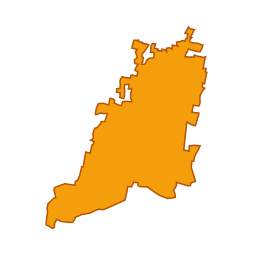 Xocchel, Yucatán, Mexico (Albers equal-area conic projection), rotated 95°
{"feature_id": "50627088B37931435586909", "entity_name": "Xocchel", "entity_type": "district", "adm_level": 2, "iso_a3": "MEX", "parent_name": "Mexico", "parent_adm1": "Yucatán", "projection": "albers", "projection_center": [-89.147, 20.795], "detail": "fine", "context": "isolated", "style": "filled", "palette": "amber", "viewbox_px": 256, "rotation_deg": 95, "n_neighbors": 0, "source": "geoboundaries", "source_scale": "gbopen_adm2", "svg_char_len": 4787}
<svg xmlns="http://www.w3.org/2000/svg" viewBox="0 0 256 256"><g transform="rotate(95 128 128)"><path d="M191.8,92.1L192.9,89.1L194.8,82.3L193.1,75.3L193.0,74.9L192.6,74.9L189.4,75.4L189.0,75.6L186.0,77.3L183.2,75.6L180.8,74.7L179.6,74.7L177.9,75.1L178.8,70.9L180.3,63.3L180.3,62.3L179.9,60.9L177.1,60.4L176.8,59.7L175.3,56.2L174.0,56.6L170.1,58.1L168.0,59.1L163.8,60.7L161.7,61.5L155.4,61.4L155.3,59.6L152.1,59.3L148.2,58.3L143.3,55.9L139.4,54.7L139.5,61.4L140.1,63.2L140.3,65.4L142.5,65.3L145.8,65.1L144.9,70.5L116.9,70.0L118.8,66.1L120.0,61.4L118.4,60.6L117.3,60.5L108.9,58.8L106.9,58.7L106.9,62.4L106.6,65.6L104.5,65.5L99.6,64.9L99.9,59.3L98.0,58.7L96.0,58.4L94.0,58.8L93.0,58.9L91.3,59.0L90.5,59.0L89.4,59.0L88.6,58.7L87.5,58.4L86.4,57.8L84.8,57.2L84.1,56.8L82.7,55.6L81.6,55.1L81.3,57.3L78.3,57.6L76.6,57.4L77.1,56.2L77.3,55.9L77.4,55.6L76.4,55.5L65.7,54.4L65.4,55.0L65.3,55.7L61.9,55.5L61.8,56.5L62.0,57.5L62.4,58.4L50.9,57.2L50.7,57.2L50.3,57.1L51.2,58.8L50.8,60.9L50.6,61.6L50.5,64.6L50.0,66.6L49.5,68.3L51.7,68.5L51.6,69.3L51.7,70.5L51.7,71.3L52.1,71.4L52.1,71.8L51.9,77.5L50.4,77.2L49.8,77.0L44.9,74.9L44.0,74.7L44.7,72.0L45.2,68.7L45.7,65.4L45.9,62.9L42.5,61.4L40.3,61.1L38.9,60.5L38.6,62.0L38.0,63.9L37.5,66.4L37.6,69.3L37.6,69.6L37.4,72.2L36.4,74.4L34.4,74.0L32.4,72.3L32.3,73.9L28.5,72.0L27.6,71.7L25.5,71.2L24.2,70.4L23.9,73.6L23.7,74.8L23.1,76.3L21.4,76.2L28.7,79.5L28.9,76.7L34.0,77.2L34.3,78.4L36.6,78.8L36.1,81.2L37.4,83.7L38.2,87.1L40.3,86.7L41.5,86.1L42.1,85.5L41.9,87.2L41.7,88.2L41.6,91.2L45.5,90.9L44.9,92.0L44.5,94.3L45.1,96.4L45.4,96.6L48.7,96.1L46.9,98.2L46.4,100.9L48.6,101.1L48.5,101.3L48.2,102.4L48.3,105.2L47.2,104.9L46.8,105.0L46.3,108.7L41.7,107.8L41.7,111.0L44.3,112.2L49.0,112.2L50.6,112.2L50.5,110.3L50.5,108.5L53.0,108.6L53.5,108.3L55.8,108.5L56.0,108.5L56.3,109.6L56.3,111.0L56.2,111.4L56.8,113.1L58.2,114.6L59.1,115.5L61.2,115.9L63.0,117.0L63.0,117.5L63.2,118.1L63.2,118.8L63.4,120.1L61.4,120.0L61.1,119.2L56.4,118.8L56.0,120.2L54.8,120.7L53.1,120.4L50.2,118.2L45.5,115.6L45.4,115.6L43.1,114.5L42.5,118.4L43.0,118.5L42.2,121.3L41.5,121.0L41.4,122.5L41.0,125.1L39.7,125.0L39.6,126.4L40.1,126.7L39.9,129.6L40.8,129.9L42.0,130.3L43.0,130.3L44.7,130.7L48.1,131.0L48.9,125.8L49.8,125.9L51.3,127.4L56.7,124.9L57.5,125.5L58.1,125.8L58.6,126.4L59.3,127.5L62.1,127.1L63.2,126.7L63.5,124.6L63.7,124.2L63.7,123.7L65.8,124.7L66.0,124.7L66.1,124.8L67.4,125.5L69.5,126.3L70.3,125.3L71.1,123.1L75.6,123.6L75.4,125.6L74.8,128.5L75.0,129.3L75.5,129.7L78.3,129.9L78.2,131.6L78.0,131.8L77.9,135.8L77.3,138.3L78.0,138.7L81.2,140.1L82.0,139.9L82.4,139.9L83.3,140.1L83.6,139.9L84.3,139.6L85.2,139.5L86.3,139.4L87.8,139.4L89.0,139.4L89.9,142.6L93.4,142.7L93.5,140.7L93.4,139.0L95.1,139.0L96.3,138.7L98.2,138.9L98.8,136.8L99.0,134.7L96.3,134.4L92.0,134.4L88.9,135.0L86.0,135.3L84.9,135.0L84.9,132.8L84.4,131.1L85.7,130.8L86.2,130.7L87.2,130.8L89.1,131.1L88.8,128.2L88.5,127.8L90.8,127.7L92.5,128.3L94.9,128.2L97.9,128.1L100.0,126.9L101.6,126.7L101.6,132.6L102.3,135.7L106.2,136.7L105.8,140.1L104.7,142.3L104.6,142.8L104.6,143.6L104.4,144.0L103.9,143.8L101.4,143.7L100.9,144.5L100.2,146.1L100.0,147.5L100.1,148.6L102.5,148.9L103.6,149.0L104.6,149.0L105.6,149.1L106.5,149.3L106.4,149.8L106.5,150.5L106.2,151.7L105.8,153.3L105.7,154.7L105.7,155.6L105.7,156.1L105.9,156.5L106.2,159.5L109.8,160.9L110.2,161.1L111.7,161.2L112.7,161.4L115.9,161.7L117.4,161.5L116.4,158.5L116.1,157.9L115.4,156.9L115.9,153.1L115.4,151.3L115.3,150.6L115.4,149.8L118.0,150.3L123.5,151.6L124.1,155.4L124.6,155.5L125.7,155.7L126.4,156.2L129.9,158.5L130.9,160.1L131.1,161.0L133.4,161.8L136.8,162.5L137.8,162.4L140.5,161.7L141.3,161.7L143.6,164.1L143.7,163.2L144.0,162.3L144.8,161.1L144.9,160.4L145.3,160.5L145.5,160.8L147.5,161.4L147.9,162.1L148.3,162.7L149.2,162.6L150.5,162.7L153.1,163.1L154.2,163.2L154.9,163.3L156.3,163.5L156.0,166.0L155.6,167.4L155.6,168.0L170.5,169.3L170.8,170.0L170.7,170.7L179.7,172.0L184.7,173.7L185.6,175.7L189.7,175.9L189.0,186.1L193.1,194.7L193.6,195.4L194.3,196.1L194.6,196.3L196.5,196.3L198.3,195.5L200.7,194.7L202.7,194.4L203.8,193.9L204.6,196.1L210.4,201.1L211.8,201.3L215.0,201.6L217.9,201.0L220.6,200.8L225.2,201.2L228.6,201.3L231.6,201.2L232.8,197.8L234.6,194.8L233.8,193.0L233.4,192.7L229.7,192.9L226.9,191.7L225.4,191.3L227.0,185.8L227.1,177.9L227.1,177.5L226.9,175.1L223.4,172.9L221.1,172.6L220.8,171.2L219.9,169.6L219.5,168.5L218.2,166.9L217.6,164.2L216.1,158.5L211.4,150.4L211.6,148.2L211.5,145.9L211.4,145.6L211.0,144.4L208.6,139.9L200.1,124.7L198.9,124.7L192.3,123.6L187.7,123.3L186.5,123.4L186.3,119.2L185.4,119.1L182.6,118.0L181.5,117.7L181.8,113.0L183.5,113.1L184.6,113.0L185.3,111.0L185.3,110.8L185.3,110.5L185.3,110.4L185.3,110.1L185.3,108.8L185.1,105.0L185.1,104.7L185.1,103.6L191.8,92.1Z" fill="#f59e0b" stroke="#b45309" stroke-width="1.5"/></g></svg>